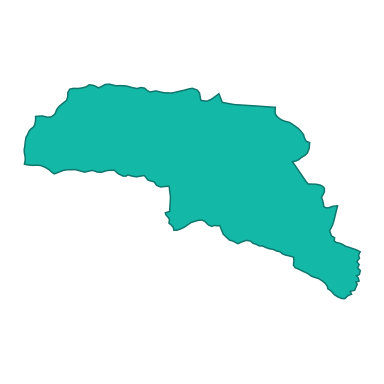 outline of Cerqueira César, São Paulo, Brazil, rotated 89°
{"feature_id": "56859067B82361031328738", "entity_name": "Cerqueira César", "entity_type": "district", "adm_level": 2, "iso_a3": "BRA", "parent_name": "Brazil", "parent_adm1": "São Paulo", "projection": "albers", "projection_center": [-49.128, -23.072], "detail": "fine", "context": "isolated", "style": "filled", "palette": "teal", "viewbox_px": 384, "rotation_deg": 89, "n_neighbors": 0, "source": "geoboundaries", "source_scale": "gbopen_adm2", "svg_char_len": 3001}
<svg xmlns="http://www.w3.org/2000/svg" viewBox="0 0 384 384"><g transform="rotate(89 192 192)"><path d="M102.9,160.2L98.8,161.7L94.2,163.4L96.1,165.9L99.8,171.4L101.4,175.4L101.0,179.0L100.5,181.6L93.0,182.8L90.2,185.0L88.3,189.8L88.9,193.5L89.9,197.2L90.6,200.5L91.4,204.6L92.4,208.8L92.7,211.5L92.4,214.7L92.4,217.3L91.9,220.1L91.2,222.9L90.3,226.4L91.3,232.4L89.5,235.3L87.3,237.7L86.6,241.2L87.6,245.1L86.4,250.5L85.6,253.1L84.8,256.0L84.5,259.5L84.4,262.7L84.4,266.5L83.5,269.7L82.7,273.1L83.0,277.1L84.8,280.3L86.2,283.7L84.6,286.5L83.5,289.4L83.0,293.0L85.0,295.9L86.0,300.0L86.5,304.2L86.3,308.7L87.0,312.4L90.3,314.4L94.4,314.6L98.2,315.8L101.9,320.7L104.3,323.6L107.0,325.7L111.7,327.7L114.4,331.3L114.7,335.2L113.3,340.4L113.7,347.1L117.0,347.1L121.6,347.9L124.2,349.3L126.3,352.2L128.4,353.9L131.5,355.3L134.3,357.0L138.1,357.7L140.7,358.1L143.4,358.4L146.9,359.1L150.2,358.9L154.0,358.2L157.1,358.2L161.3,359.1L162.1,355.4L162.6,350.7L162.5,346.8L162.8,343.0L164.8,338.3L167.3,334.4L169.6,332.0L171.5,329.4L168.0,319.8L167.6,316.3L167.6,308.1L170.3,299.0L169.6,295.8L168.7,291.8L169.3,289.0L170.4,286.5L170.7,282.3L169.3,277.4L168.9,274.9L168.9,272.0L168.8,269.4L172.5,265.4L174.9,260.6L175.0,257.8L173.8,255.7L175.1,251.6L175.9,247.3L175.2,243.1L174.7,239.4L179.5,235.6L181.2,229.7L184.7,227.3L186.4,223.3L186.0,218.7L185.8,214.8L196.7,213.6L211.0,214.7L212.4,219.1L214.7,218.3L216.6,216.6L218.9,215.0L222.8,215.6L224.6,213.3L227.2,211.3L230.0,210.7L229.9,207.5L228.5,203.5L227.1,200.4L224.8,196.9L222.5,193.5L221.6,190.4L220.4,186.0L220.2,182.4L221.9,179.4L225.3,176.1L226.7,172.9L225.8,170.2L226.2,167.6L226.1,164.8L231.6,162.7L234.7,161.5L237.3,158.9L240.8,155.3L241.7,152.1L244.5,147.0L242.5,142.4L241.3,138.2L242.1,134.3L244.4,131.8L245.4,128.8L247.1,125.7L247.2,122.4L248.9,119.0L250.3,115.0L250.6,112.2L252.5,108.4L253.4,104.8L255.4,102.7L256.7,99.6L257.4,96.6L258.2,93.9L258.9,91.6L262.0,91.3L266.8,91.9L269.4,90.3L271.2,86.3L273.5,81.9L275.0,78.6L276.4,76.4L278.1,74.4L279.2,71.8L280.7,67.0L283.0,63.5L285.8,60.3L288.5,58.4L291.1,57.9L293.2,54.9L297.2,51.4L299.4,48.1L301.2,44.0L301.3,41.0L298.2,37.7L297.0,34.2L294.1,35.6L293.1,31.1L290.0,29.7L287.0,28.4L284.9,29.7L284.0,26.5L280.7,27.3L278.7,29.1L277.5,26.1L273.4,25.1L270.8,27.8L267.5,26.1L264.5,28.4L261.1,25.7L258.2,26.6L254.7,24.9L252.5,29.1L251.4,32.3L250.2,35.5L248.9,39.5L247.0,42.3L245.8,45.2L244.9,48.8L243.3,50.7L240.3,50.2L238.3,53.3L233.1,55.1L230.0,53.3L227.8,52.2L223.9,50.8L208.3,46.7L208.8,51.7L210.1,55.5L210.2,58.3L208.8,60.6L206.3,60.7L202.5,61.6L199.6,62.6L196.7,60.9L194.1,59.6L190.5,59.6L188.7,61.2L187.4,63.4L186.4,67.6L186.0,75.7L183.7,77.6L163.5,91.0L162.7,87.3L161.4,84.4L159.6,82.4L157.3,78.4L155.0,76.0L150.6,74.1L147.3,73.8L144.7,73.5L143.3,76.9L139.7,78.7L136.5,79.5L133.3,81.9L130.3,84.7L127.6,88.2L124.1,93.2L123.0,97.4L121.5,101.2L119.7,103.7L117.8,105.8L115.6,107.3L112.5,107.5L108.8,107.2L107.0,127.7L105.3,148.5L102.9,160.2Z" fill="#14b8a6" stroke="#0f766e" stroke-width="1.5"/></g></svg>